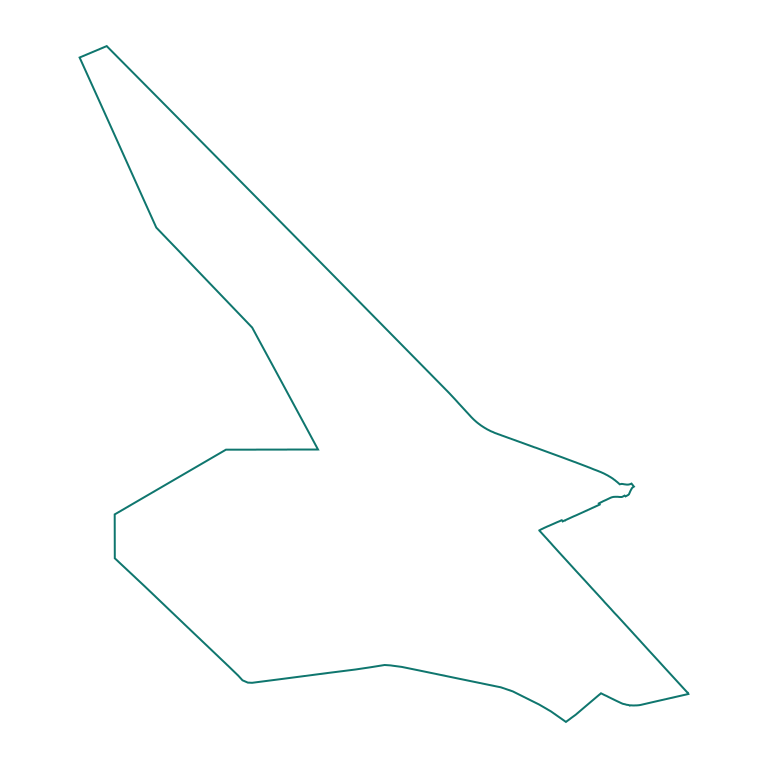 Almere, Flevoland, Netherlands (Equal Earth projection)
{"feature_id": "6326949B15537896627734", "entity_name": "Almere", "entity_type": "district", "adm_level": 2, "iso_a3": "NLD", "parent_name": "Netherlands", "parent_adm1": "Flevoland", "projection": "equal_earth", "projection_center": [5.3, 52.443], "detail": "fine", "context": "isolated", "style": "outline", "palette": "teal", "viewbox_px": 768, "rotation_deg": 0, "n_neighbors": 0, "source": "geoboundaries", "source_scale": "gbopen_adm2", "svg_char_len": 3892}
<svg xmlns="http://www.w3.org/2000/svg" viewBox="0 0 768 768"><path d="M565.9,721.9L569.5,719.3L569.8,719.1L570.9,718.2L571.1,718.1L571.6,717.7L575.6,714.8L581.0,710.2L589.6,702.9L599.4,694.6L599.5,694.6L599.9,694.2L600.0,694.2L600.6,693.7L600.8,693.5L601.0,693.3L604.8,695.2L606.4,695.9L608.0,696.7L608.1,696.8L616.3,700.8L618.0,701.6L619.7,702.4L621.4,703.2L622.8,703.8L625.1,704.3L626.7,704.8L626.9,704.8L627.6,704.9L627.8,704.9L629.0,705.1L629.7,705.6L629.9,705.6L630.6,705.3L632.0,705.4L633.5,705.5L635.4,705.4L636.4,705.4L637.9,705.3L639.0,705.2L640.2,705.0L641.2,704.8L642.5,704.5L654.6,701.7L688.4,694.0L688.0,692.9L687.9,692.9L687.7,692.8L687.6,692.7L687.2,692.3L683.2,688.0L683.0,687.7L682.6,687.4L682.4,687.1L665.9,669.1L665.7,668.9L657.6,660.0L649.5,651.2L641.4,642.3L640.7,641.5L634.1,634.3L633.4,633.5L617.2,615.8L614.5,613.0L612.7,611.0L610.5,608.5L609.6,607.6L609.1,607.0L609.0,606.9L608.9,606.8L608.4,606.2L608.2,606.1L608.0,605.8L604.7,602.3L603.6,601.0L600.7,597.8L592.6,589.0L592.5,588.9L584.2,579.8L575.9,570.8L568.8,563.0L559.3,552.6L552.5,545.1L552.1,544.6L549.7,541.9L549.2,541.4L548.7,540.9L548.6,540.7L548.1,540.2L547.9,539.9L545.4,537.2L539.3,530.5L539.3,530.4L539.9,530.1L541.3,529.3L542.8,528.6L544.2,527.9L546.0,527.1L547.5,526.4L549.0,525.8L551.7,524.6L554.0,523.6L556.9,522.3L559.8,521.1L561.4,520.3L561.5,520.3L561.7,520.2L561.8,520.2L562.5,521.1L562.7,521.4L563.5,521.0L564.7,520.5L564.8,520.5L564.8,520.4L565.2,520.3L565.4,520.2L566.6,519.6L574.0,516.2L574.3,516.1L574.6,516.0L575.2,515.7L576.2,515.3L599.2,504.8L599.8,504.5L599.8,504.4L599.4,504.0L598.9,503.4L601.4,502.1L601.5,502.1L603.0,501.3L603.4,501.1L605.9,500.0L608.6,498.7L610.7,497.7L612.1,497.2L613.6,496.9L615.3,496.8L617.7,496.8L619.9,497.0L620.8,497.0L621.7,497.0L622.6,496.7L624.6,495.6L625.5,496.4L627.2,495.5L627.4,495.4L628.1,495.0L628.5,494.7L629.0,494.2L629.3,493.5L630.4,491.0L631.4,489.1L631.6,488.8L631.8,488.4L632.0,488.1L632.5,487.6L633.4,486.9L633.9,486.6L631.5,483.6L630.4,484.1L629.6,484.3L628.8,484.5L628.0,484.6L627.5,484.6L626.8,484.6L624.3,484.3L622.7,484.0L621.6,483.9L621.4,484.0L620.4,484.1L619.8,484.3L619.7,484.3L619.3,483.9L618.4,483.1L617.5,482.3L616.5,481.5L615.5,480.7L615.2,480.4L614.5,479.9L613.5,479.2L613.2,478.9L612.9,478.7L612.5,478.4L611.4,477.7L610.3,477.0L609.2,476.4L608.1,475.7L607.0,475.1L605.8,474.5L604.7,473.9L603.5,473.3L602.3,472.8L601.5,472.4L600.3,471.9L599.0,471.4L597.8,470.9L596.5,470.4L593.8,469.4L589.2,467.5L588.5,467.3L587.6,466.9L581.3,464.5L576.8,462.8L576.1,462.5L575.0,462.1L573.8,461.7L573.3,461.5L572.2,461.1L571.7,460.9L570.6,460.5L568.7,459.8L562.3,457.4L556.0,455.1L549.7,452.8L535.5,447.6L535.4,447.6L534.7,447.4L503.0,435.9L501.8,435.5L501.3,435.3L500.6,435.0L497.4,433.9L496.8,433.6L495.5,433.2L494.3,432.7L493.1,432.1L491.8,431.6L490.6,431.1L489.5,430.5L488.3,429.9L487.1,429.3L486.0,428.6L484.9,428.0L483.8,427.3L482.7,426.6L481.8,426.0L480.6,425.2L479.6,424.4L478.6,423.7L477.6,422.9L476.6,422.1L475.7,421.3L474.8,420.5L473.8,419.6L473.0,418.8L472.2,418.0L471.3,417.1L467.1,412.5L466.8,412.2L458.7,403.4L458.0,402.6L457.5,402.1L457.3,401.8L449.5,393.4L432.9,376.5L324.1,266.0L260.3,201.4L164.7,104.6L106.7,46.1L79.6,57.5L101.0,104.8L117.0,140.3L144.6,201.7L156.3,227.6L168.4,240.2L179.7,251.9L183.1,255.5L193.4,266.3L252.2,327.6L258.6,339.5L280.6,380.1L309.3,433.3L311.6,437.6L318.0,449.5L225.9,449.7L114.7,514.4L114.8,558.3L145.1,586.7L185.3,625.1L220.5,658.6L226.7,664.5L227.6,665.4L227.8,665.5L228.6,666.3L232.0,669.6L235.2,672.7L238.4,675.8L242.5,680.3L247.8,682.6L252.1,682.8L281.7,679.0L327.7,673.0L355.5,669.5L370.3,667.3L384.6,665.0L390.6,665.4L392.6,665.7L401.7,666.9L416.9,670.0L418.4,670.3L459.4,678.8L464.3,679.8L496.8,686.5L500.8,687.3L512.8,691.4L531.6,700.8L538.9,704.4L544.6,707.7L547.2,709.2L547.3,709.3L550.8,711.3L562.5,719.5L563.5,720.2L565.9,721.9Z" fill="none" stroke="#0f766e" stroke-width="2"/></svg>